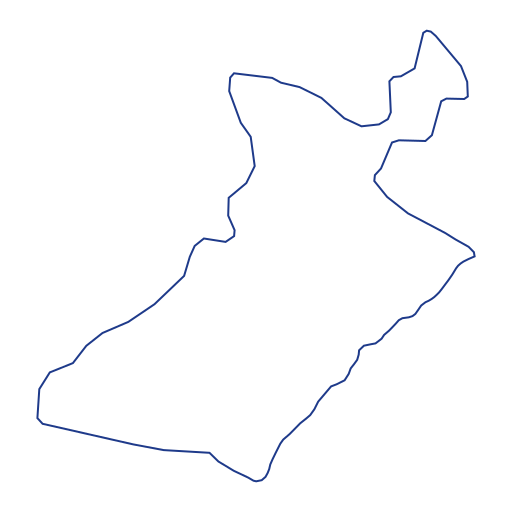 San Juan Bautista, Suchitepéquez, Guatemala (Mercator projection)
{"feature_id": "79465075B53380304625786", "entity_name": "San Juan Bautista", "entity_type": "district", "adm_level": 2, "iso_a3": "GTM", "parent_name": "Guatemala", "parent_adm1": "Suchitepéquez", "projection": "mercator", "projection_center": [-91.188, 14.433], "detail": "fine", "context": "isolated", "style": "outline", "palette": "blue", "viewbox_px": 512, "rotation_deg": 0, "n_neighbors": 0, "source": "geoboundaries", "source_scale": "gbopen_adm2", "svg_char_len": 1624}
<svg xmlns="http://www.w3.org/2000/svg" viewBox="0 0 512 512"><path d="M234.0,73.3L230.2,77.6L229.2,91.1L240.8,122.8L250.7,136.8L254.7,166.1L246.3,183.1L228.7,197.8L228.2,215.6L234.6,230.2L234.1,236.1L225.6,241.9L203.9,238.5L194.7,245.9L189.8,256.8L184.1,275.9L154.5,304.2L128.3,321.9L102.5,333.0L86.3,345.8L72.9,363.1L49.8,372.4L39.3,389.1L37.4,418.1L42.6,423.8L133.3,444.4L163.7,450.1L209.5,452.8L218.4,461.5L233.8,470.8L248.2,477.6L253.5,480.7L256.2,481.3L261.7,480.2L265.5,476.9L267.6,473.1L269.2,469.1L270.3,464.4L272.5,459.4L275.7,452.8L280.3,443.7L283.2,439.6L289.7,434.0L300.2,423.3L306.7,418.1L310.2,415.1L314.4,409.2L318.2,401.6L331.1,386.4L336.6,384.3L344.6,380.3L348.7,373.9L350.7,368.4L354.0,364.2L357.2,359.8L358.7,354.6L359.1,350.3L363.9,345.7L370.6,344.3L375.5,343.4L381.6,338.7L384.1,334.9L389.0,330.7L392.4,327.2L395.8,323.6L398.8,320.2L402.4,318.2L408.9,317.3L412.5,316.1L415.3,314.0L418.4,309.6L421.2,305.5L425.5,302.2L428.6,300.8L431.6,299.0L434.2,297.1L436.8,294.7L439.1,292.4L441.8,289.0L445.6,283.9L448.1,280.6L450.2,277.6L452.2,274.7L454.4,271.1L456.1,268.3L458.1,265.7L460.6,263.5L463.4,261.6L468.6,259.0L474.6,256.4L473.9,252.2L468.6,246.8L455.6,239.5L445.2,233.0L408.0,213.4L387.1,196.9L374.3,181.0L374.9,175.1L381.0,168.5L392.0,142.5L398.9,140.3L425.4,141.0L431.9,135.2L441.2,101.3L446.4,98.6L464.2,99.0L467.8,96.5L467.2,81.8L461.0,66.1L435.8,36.0L430.8,31.6L426.7,30.7L423.3,32.8L414.6,68.4L400.9,76.3L393.5,77.0L389.4,81.3L390.8,112.3L387.9,119.1L379.0,124.4L361.5,126.3L344.3,118.3L321.4,97.9L299.6,87.1L281.0,82.7L272.2,77.9L234.0,73.3Z" fill="none" stroke="#1e3a8a" stroke-width="2"/></svg>